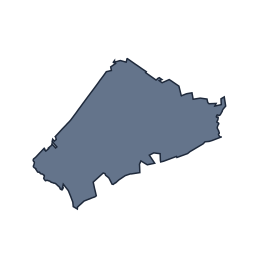 Victoria, Tamaulipas, Mexico (Albers equal-area conic projection), rotated 258°
{"feature_id": "50627088B11900040853895", "entity_name": "Victoria", "entity_type": "district", "adm_level": 2, "iso_a3": "MEX", "parent_name": "Mexico", "parent_adm1": "Tamaulipas", "projection": "albers", "projection_center": [-99.19, 23.69], "detail": "fine", "context": "isolated", "style": "filled", "palette": "slate", "viewbox_px": 256, "rotation_deg": 258, "n_neighbors": 0, "source": "geoboundaries", "source_scale": "gbopen_adm2", "svg_char_len": 4111}
<svg xmlns="http://www.w3.org/2000/svg" viewBox="0 0 256 256"><g transform="rotate(258 128 128)"><path d="M67.5,81.2L67.8,81.9L68.3,82.9L73.5,82.8L75.6,82.7L82.3,82.7L89.1,94.3L89.1,94.5L88.2,96.0L86.4,96.3L84.5,97.9L82.9,99.0L76.4,100.7L75.9,101.8L77.1,104.3L76.9,104.5L79.1,108.2L82.0,115.4L82.6,120.6L82.6,121.0L82.4,121.6L81.9,130.3L88.2,131.4L90.2,131.7L93.1,133.8L88.0,139.2L88.0,146.8L97.0,143.2L98.3,148.0L96.8,152.3L96.2,154.1L93.3,153.6L89.9,153.0L88.0,152.9L88.1,155.9L90.1,169.4L89.0,169.7L90.6,181.0L92.0,183.7L96.9,198.2L98.5,200.5L98.0,204.6L98.3,207.9L99.9,217.9L99.9,216.5L100.2,216.4L100.6,216.0L101.4,215.5L101.6,215.4L102.6,215.2L103.0,215.2L103.2,215.3L103.4,215.4L103.7,215.9L103.8,216.1L104.1,216.2L104.5,216.3L105.2,216.2L106.1,215.9L106.5,216.1L107.5,215.7L109.2,215.3L110.0,215.4L110.2,215.5L110.8,215.8L111.9,216.5L112.5,217.0L112.8,217.4L113.2,217.6L113.5,217.7L114.0,217.6L114.2,217.4L114.6,216.8L114.7,216.7L114.9,216.4L115.1,216.2L115.4,216.2L115.8,216.3L116.9,217.3L117.8,217.8L118.1,217.9L118.5,218.1L119.6,218.4L119.9,218.3L120.1,218.2L120.1,217.8L120.0,217.1L120.1,216.9L120.5,216.7L120.7,216.8L121.0,217.0L121.5,217.2L122.1,217.7L122.2,218.2L121.9,218.5L121.8,218.9L121.6,219.2L121.5,219.5L121.3,220.2L121.4,220.4L121.6,220.7L121.9,221.0L122.0,221.2L124.7,223.6L125.6,224.0L126.8,225.1L129.1,228.1L138.4,228.6L137.2,225.0L131.5,224.1L131.4,217.5L133.7,219.3L134.9,212.3L135.5,211.8L136.5,211.3L139.9,211.3L142.2,204.9L142.6,197.7L149.1,197.9L149.3,193.6L149.3,192.1L148.4,186.9L148.9,186.8L158.4,186.5L164.8,180.4L166.8,178.4L165.2,170.8L167.8,168.4L168.3,171.3L170.7,169.1L170.6,168.6L170.5,168.1L170.4,167.7L169.7,166.6L169.1,165.4L178.5,156.7L179.3,157.6L182.8,154.2L187.3,150.0L188.4,148.9L196.0,141.8L196.0,141.5L192.8,139.9L195.6,134.5L195.5,132.7L195.4,131.7L195.3,129.4L195.2,129.1L195.3,128.7L195.6,128.6L195.9,128.6L196.2,128.7L196.7,128.8L195.4,127.3L194.8,127.8L195.1,128.7L193.7,129.3L193.5,128.8L191.4,123.8L187.8,123.7L187.7,123.7L187.6,118.5L187.1,118.0L184.1,114.7L181.4,111.6L181.1,111.2L180.0,110.0L179.7,109.7L177.5,107.3L172.9,102.1L171.5,100.5L171.0,99.9L168.1,96.6L167.8,96.3L167.6,96.1L167.5,95.9L166.6,94.9L162.6,90.4L162.2,90.0L162.1,89.8L159.3,86.7L158.4,85.7L158.1,85.4L157.7,84.9L157.3,84.4L156.8,83.9L156.6,83.6L156.4,83.4L155.2,82.1L153.9,80.7L151.1,77.5L150.2,76.5L147.6,73.5L147.5,73.4L147.3,73.1L146.3,71.7L145.8,71.0L145.5,70.5L144.5,69.0L143.3,67.4L142.9,66.7L142.6,66.3L140.8,63.6L138.3,60.1L137.0,58.3L135.6,56.3L135.5,56.0L135.3,55.9L135.2,55.8L134.9,55.6L134.6,55.0L134.3,55.2L134.1,55.3L131.7,55.4L130.5,53.2L132.7,52.0L130.3,50.9L129.6,51.0L129.2,50.8L129.6,51.6L124.3,54.5L123.5,53.0L127.5,50.7L124.9,45.9L124.4,46.2L122.5,42.8L124.2,41.8L124.5,42.3L125.6,41.8L123.0,38.0L122.0,36.5L118.9,32.1L118.1,30.7L117.4,29.2L116.6,28.7L116.0,28.5L115.5,28.6L115.0,28.7L114.8,28.9L114.2,29.3L113.9,29.3L112.7,28.9L112.2,28.6L111.6,28.3L111.2,28.1L110.9,27.8L110.8,27.7L110.3,27.5L109.8,27.4L109.5,27.5L109.2,27.7L109.0,27.9L108.6,28.1L108.3,28.4L107.9,28.9L107.6,29.1L107.5,29.3L107.4,29.4L107.2,29.4L107.0,29.2L106.6,29.3L106.1,29.5L105.6,29.8L104.9,30.0L104.1,30.3L103.7,30.5L103.5,30.8L103.1,32.3L102.8,32.4L101.9,32.7L101.5,33.1L101.1,33.6L100.9,34.2L100.8,34.6L100.6,34.9L100.2,35.2L99.8,35.5L99.4,35.7L99.2,36.2L99.1,36.3L98.6,36.2L98.3,36.1L98.2,36.0L97.9,36.0L96.4,35.1L96.0,35.2L95.2,35.4L94.9,35.5L94.7,35.6L94.5,35.8L94.4,35.9L93.8,36.1L93.7,36.2L93.5,36.4L93.5,36.6L93.6,36.9L93.7,37.1L93.7,37.3L93.7,37.6L93.6,38.1L93.4,38.5L93.0,39.1L92.8,39.4L92.5,40.2L90.9,41.6L90.8,41.8L90.6,42.2L90.5,42.4L90.0,43.3L89.4,44.1L89.3,44.8L89.0,45.2L88.7,45.6L88.3,45.8L88.0,46.2L87.7,46.4L87.0,46.8L86.7,47.0L86.4,47.2L86.2,47.3L85.9,47.6L85.7,47.7L85.5,47.9L85.3,48.1L85.1,48.3L84.5,48.5L84.0,48.9L83.6,48.9L82.6,49.0L82.2,49.3L81.4,50.2L81.2,50.5L81.6,50.7L81.6,50.9L81.8,51.0L82.0,51.5L82.3,51.5L82.4,51.4L82.6,51.3L82.7,51.9L82.7,52.1L82.8,52.2L83.2,52.2L83.3,51.6L83.5,51.7L86.5,53.0L79.2,56.6L73.6,57.6L67.0,58.6L62.5,58.1L59.3,61.6L61.2,62.2L65.7,69.9L67.2,78.6L67.5,81.2Z" fill="#64748b" stroke="#1e293b" stroke-width="1.5"/></g></svg>